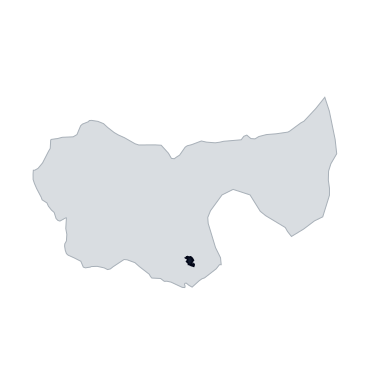 location of Braslavas pag., Alojas, Latvia, rotated 167°
{"feature_id": "27541924B13565408041411", "entity_name": "Braslavas pag.", "entity_type": "district", "adm_level": 2, "iso_a3": "LVA", "parent_name": "Latvia", "parent_adm1": "Alojas", "projection": "mercator", "projection_center": [24.998, 57.744], "detail": "fine", "context": "in_parent", "style": "filled", "palette": "ink", "viewbox_px": 384, "rotation_deg": 167, "n_neighbors": 0, "source": "geoboundaries", "source_scale": "gbopen_adm2", "svg_char_len": 3838}
<svg xmlns="http://www.w3.org/2000/svg" viewBox="0 0 384 384"><g transform="rotate(167 192 192)"><path d="M276.0,284.7L273.8,284.4L267.8,282.0L262.8,278.5L259.7,273.9L254.5,267.5L251.0,264.2L245.6,260.1L236.6,251.8L233.3,249.8L217.3,246.2L211.5,244.5L206.2,235.0L204.5,229.4L201.8,228.4L199.0,229.6L195.8,230.7L188.6,237.2L186.3,238.1L181.8,238.2L171.4,239.6L166.6,237.3L158.3,234.7L153.9,234.3L149.9,234.3L132.3,231.8L129.0,234.6L125.8,235.1L122.6,230.8L118.7,229.6L114.4,231.0L106.5,231.2L97.1,229.8L85.2,228.8L83.5,229.2L70.3,234.9L67.0,235.8L52.7,245.4L41.3,254.4L40.0,240.0L40.7,211.1L42.4,196.7L50.3,188.3L54.2,181.7L56.5,172.9L57.2,164.7L58.8,157.9L70.2,138.4L79.2,136.3L91.5,130.8L105.1,126.3L107.8,132.0L109.1,136.4L125.6,152.4L129.8,157.8L136.1,176.1L151.4,185.3L163.4,182.4L168.6,177.9L178.2,169.6L182.4,163.6L183.3,157.7L181.6,132.5L179.0,121.5L179.9,114.6L181.6,115.0L185.7,111.7L199.1,105.5L201.8,105.2L204.8,104.0L213.3,99.3L216.0,101.8L218.2,104.6L219.5,104.6L220.1,103.6L219.9,101.8L220.5,100.5L222.9,101.2L232.7,108.9L236.5,110.7L239.1,111.2L242.1,114.8L250.5,117.2L251.5,119.1L252.1,121.4L260.0,131.1L263.5,136.0L270.4,140.5L273.4,141.5L285.5,137.0L288.9,135.4L291.7,135.4L294.6,137.8L301.1,140.9L307.0,142.0L308.0,141.7L313.0,142.1L314.8,143.3L315.9,149.5L321.6,154.3L326.9,158.3L328.2,160.2L328.6,163.8L328.3,167.9L327.6,170.1L325.4,172.5L323.5,178.8L323.2,184.8L320.2,195.0L320.9,195.2L327.2,193.4L329.0,194.4L330.4,196.7L330.9,203.1L333.0,206.0L335.1,210.5L335.8,214.0L339.8,218.1L340.1,220.8L342.6,230.3L343.6,235.7L344.0,239.9L342.8,245.3L341.7,248.9L340.4,248.6L336.8,249.6L331.1,253.9L322.5,264.1L320.3,266.4L318.1,274.1L317.5,274.9L312.6,274.5L311.2,274.3L306.2,274.5L295.4,272.5L291.2,273.8L285.6,281.6L283.5,282.8L277.1,283.8L276.0,284.7Z" fill="#d9dde1" stroke="#a8b0b8" stroke-width="1"/><path d="M208.9,120.2L208.7,120.2L208.4,120.2L208.5,120.1L207.5,119.4L207.4,119.3L207.2,119.2L207.1,119.3L207.0,119.5L206.9,119.4L206.8,119.6L206.7,119.7L206.6,119.8L206.5,120.0L206.4,120.2L206.4,120.3L206.2,120.6L206.2,120.8L206.3,121.0L206.3,121.3L206.5,121.3L206.5,121.2L206.8,121.2L206.8,121.3L206.9,121.2L207.0,121.2L207.3,121.1L207.3,121.3L207.5,121.4L207.5,121.5L207.8,121.7L207.9,121.8L208.0,121.8L208.2,122.1L208.3,122.3L208.3,122.6L208.4,123.0L208.5,123.0L208.4,123.2L208.1,123.2L207.9,123.2L207.7,123.5L207.5,123.8L207.3,124.1L207.3,124.3L207.2,124.3L206.9,124.4L206.9,124.5L206.9,124.8L206.7,124.9L206.6,125.0L206.6,124.9L206.5,125.0L206.4,125.0L206.3,124.9L206.2,125.0L205.9,125.2L206.0,125.4L206.1,125.6L206.1,125.8L206.3,126.0L206.4,126.3L206.4,126.5L206.5,126.5L206.4,126.6L206.4,126.8L206.5,126.8L206.6,126.7L206.7,126.8L206.7,127.0L206.6,127.3L206.7,127.5L206.8,127.4L207.0,127.3L207.0,127.5L207.3,127.7L207.3,127.8L207.5,127.8L207.6,128.0L207.5,128.3L207.4,128.4L207.4,128.5L207.5,128.6L207.5,128.8L208.2,129.3L208.3,129.3L208.6,129.1L208.9,128.9L209.0,128.9L209.2,129.0L209.3,129.1L209.5,129.2L209.5,129.3L209.9,129.4L210.0,129.6L211.0,129.6L211.0,130.1L211.3,130.1L211.8,130.1L211.8,129.9L212.0,129.8L212.5,129.5L212.7,129.3L212.7,129.2L212.8,129.2L212.6,129.0L212.4,128.9L212.3,128.7L212.1,128.5L211.9,128.3L211.7,128.2L211.8,128.2L211.5,128.0L211.5,128.3L211.3,128.2L211.2,128.0L211.3,127.8L211.5,127.7L211.4,127.2L211.5,127.1L211.7,126.9L211.8,126.8L211.7,126.5L211.8,126.4L211.9,126.2L212.0,126.1L212.4,125.9L212.2,125.5L212.3,125.4L212.5,125.4L212.7,125.2L212.8,125.2L212.7,125.0L212.4,124.7L212.3,124.4L212.2,124.3L212.0,124.2L211.9,124.0L211.9,123.9L211.8,123.7L211.7,122.9L211.7,122.7L211.8,122.4L211.8,122.2L211.7,122.2L211.7,122.3L211.4,122.2L211.2,122.2L210.9,122.0L210.7,121.9L210.6,121.7L210.4,121.5L210.4,121.4L210.3,121.2L210.1,121.4L210.0,121.5L209.9,121.5L209.7,121.6L209.4,121.2L209.3,120.9L209.2,120.6L208.9,120.2Z" fill="#0f172a" stroke="#020617" stroke-width="1.5"/></g></svg>